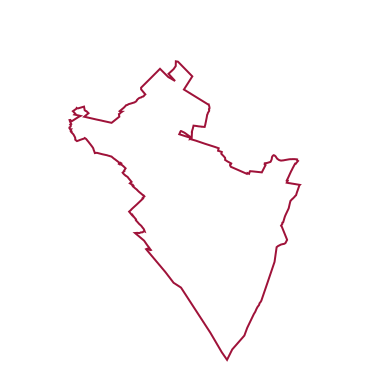 the district of Oaxaca de Juárez, Oaxaca, Mexico, rotated 134°
{"feature_id": "50627088B44043795414637", "entity_name": "Oaxaca de Juárez", "entity_type": "district", "adm_level": 2, "iso_a3": "MEX", "parent_name": "Mexico", "parent_adm1": "Oaxaca", "projection": "natural_earth1", "projection_center": [-96.731, 17.097], "detail": "fine", "context": "isolated", "style": "outline", "palette": "rose", "viewbox_px": 384, "rotation_deg": 134, "n_neighbors": 0, "source": "geoboundaries", "source_scale": "gbopen_adm2", "svg_char_len": 5902}
<svg xmlns="http://www.w3.org/2000/svg" viewBox="0 0 384 384"><g transform="rotate(134 192 192)"><path d="M120.8,159.6L121.7,158.9L121.5,158.1L121.5,157.8L122.2,157.6L128.1,155.8L129.4,155.4L130.0,156.2L135.2,162.9L136.3,164.2L136.6,164.7L137.0,164.7L139.3,163.6L139.9,165.4L140.8,165.1L146.9,181.6L146.4,183.1L146.0,183.5L145.8,183.6L145.5,183.5L145.2,183.3L144.2,183.6L145.2,187.1L145.3,187.3L145.9,190.5L145.5,190.7L144.4,192.0L144.4,192.3L144.2,194.5L144.2,196.9L144.1,197.5L143.7,197.6L142.5,198.4L144.2,201.9L142.9,202.7L142.0,203.2L143.7,206.9L148.3,216.2L152.4,224.9L155.2,230.2L155.4,230.3L154.1,231.0L155.4,233.4L159.3,241.3L157.6,241.9L156.9,242.2L156.0,242.4L155.7,242.1L155.5,241.6L155.3,240.8L155.0,239.9L154.8,239.4L154.6,238.6L154.5,238.2L153.7,232.7L153.5,231.7L153.5,231.3L153.4,230.4L153.3,229.8L150.0,232.7L149.0,233.5L149.0,233.8L146.8,235.0L146.3,235.2L143.2,237.0L141.6,234.9L140.0,232.6L139.5,232.0L138.4,230.6L138.3,230.3L138.1,230.2L137.8,229.8L136.9,228.7L136.4,228.1L133.7,229.6L133.5,229.8L131.7,230.9L130.8,231.5L128.6,232.9L125.8,234.8L125.4,234.9L124.9,235.0L124.1,235.5L122.2,235.9L121.8,236.0L121.3,236.4L120.8,237.1L120.6,237.4L120.4,237.5L119.9,237.4L119.6,237.6L119.1,238.1L118.8,238.5L118.2,239.4L117.4,240.9L117.8,241.2L123.9,269.0L108.6,272.1L108.0,292.6L109.2,294.4L112.7,291.2L116.4,290.6L123.3,291.0L123.9,281.3L125.8,289.0L125.6,300.6L138.7,300.8L152.3,301.1L153.5,299.9L154.2,293.4L154.3,293.4L154.9,293.4L155.3,293.5L155.6,293.5L156.0,293.4L156.5,293.3L156.9,293.4L157.2,293.4L157.7,293.8L158.4,294.1L159.1,294.3L159.4,294.3L159.6,294.4L159.8,294.6L160.7,295.1L161.2,295.3L161.9,295.4L163.0,295.5L164.1,295.5L164.4,295.3L165.1,295.2L165.7,295.2L166.1,295.2L166.5,295.4L167.2,295.5L167.5,295.6L168.0,295.9L171.1,297.6L172.6,298.5L173.1,298.7L173.4,298.8L174.1,298.9L175.1,299.5L175.5,299.7L175.9,299.6L176.8,299.6L177.9,299.6L178.7,299.6L180.5,299.8L181.5,299.9L182.4,300.0L183.3,300.1L184.1,300.2L184.0,299.7L183.8,299.2L183.5,298.8L182.9,298.1L184.3,298.4L185.4,298.4L186.0,298.4L186.7,298.7L187.5,297.7L188.3,296.6L189.8,296.8L196.7,297.7L198.1,297.9L203.2,306.2L203.4,306.6L204.1,307.7L206.3,311.2L212.7,321.8L207.2,321.2L207.2,324.1L207.4,324.5L207.6,324.9L207.7,326.0L205.6,329.0L210.9,332.0L211.6,332.8L211.7,333.3L211.9,333.2L212.0,333.1L212.3,333.0L216.6,333.8L216.6,333.2L216.7,331.7L216.8,330.2L217.9,330.3L214.7,325.0L215.1,325.1L215.3,325.3L216.0,325.5L219.4,326.4L223.6,327.4L225.0,327.8L224.9,328.1L224.7,328.8L224.7,329.6L225.2,329.9L225.3,330.0L225.7,329.4L226.8,326.9L227.0,326.1L228.1,326.3L228.1,325.9L228.3,325.5L228.6,325.1L229.2,324.8L229.7,324.8L230.2,324.9L230.7,325.0L231.2,324.6L231.3,324.1L231.4,323.4L231.2,323.0L230.9,322.6L231.7,322.6L232.0,321.0L232.6,321.2L232.8,320.5L232.9,317.7L233.1,316.6L233.3,316.2L233.7,314.8L234.2,313.6L235.0,312.8L235.1,312.6L235.4,312.4L235.5,312.2L235.4,311.4L235.4,310.6L235.3,310.1L233.0,309.0L232.3,308.7L230.5,307.8L228.4,306.7L227.7,306.7L227.6,306.2L227.4,304.9L227.7,302.7L227.8,301.5L228.0,300.3L228.2,298.9L228.3,298.1L228.7,295.5L228.9,294.5L229.1,293.6L229.5,292.8L230.0,292.0L230.8,290.2L231.5,288.9L230.4,288.1L229.8,287.5L227.1,282.7L224.5,278.5L224.0,277.4L223.5,276.6L223.1,275.7L222.8,275.2L222.7,275.0L222.4,274.5L222.4,274.2L222.4,273.8L222.2,271.2L222.0,270.1L221.4,264.6L222.6,264.2L222.3,263.1L220.7,263.6L220.5,262.7L221.4,262.4L221.2,261.5L221.3,261.3L221.1,259.3L221.1,258.8L221.1,256.2L224.1,255.6L224.1,255.2L226.3,255.3L226.4,254.4L226.4,254.2L226.5,253.3L226.4,252.2L226.4,250.9L226.3,250.7L226.2,250.6L226.1,249.8L225.9,248.6L226.0,248.4L226.3,246.1L226.7,242.5L228.9,242.7L228.8,242.3L228.5,241.0L228.6,240.5L228.6,239.8L228.0,239.7L228.1,238.9L228.4,239.0L228.5,238.2L229.0,238.2L228.9,237.0L228.8,235.1L228.6,233.5L228.6,232.8L228.7,232.7L228.7,230.3L228.5,227.8L228.3,224.2L228.1,224.2L228.2,223.2L230.7,223.3L230.7,222.7L239.8,223.1L244.5,223.4L246.9,223.5L247.2,223.4L249.8,223.6L250.3,219.3L250.1,219.3L249.8,219.2L250.1,218.7L250.3,217.6L250.1,217.6L250.4,215.3L250.6,213.2L251.2,213.0L251.4,212.1L251.4,211.3L251.5,210.0L251.6,208.9L251.7,207.6L251.6,206.1L251.6,204.8L252.0,202.5L252.0,201.8L252.2,200.9L252.4,200.3L252.5,200.1L253.2,198.7L253.3,199.0L254.0,199.5L255.0,199.5L255.5,199.7L256.7,200.8L258.1,201.3L259.4,203.0L261.1,204.5L260.3,193.0L260.3,192.8L260.3,192.5L260.9,189.5L261.1,188.6L261.4,186.9L261.7,185.1L261.7,184.8L261.8,183.9L262.1,183.5L262.1,182.9L262.2,182.3L262.3,181.3L262.5,181.4L262.8,181.7L263.0,182.2L263.1,182.9L263.7,184.7L265.0,185.3L268.1,155.4L270.1,142.2L268.4,133.5L280.5,81.0L286.6,59.2L288.4,50.2L277.3,53.7L258.9,54.6L251.4,57.9L236.9,62.7L234.2,63.3L231.6,64.3L229.2,65.0L226.6,65.3L225.2,66.1L223.3,66.3L222.1,66.6L221.0,67.1L205.0,74.6L184.9,84.1L172.9,92.8L170.8,92.5L169.6,92.0L168.2,91.6L166.7,90.7L165.3,89.7L163.9,89.3L162.5,89.7L160.9,90.2L160.4,90.3L159.9,91.3L154.3,103.9L154.4,104.0L154.4,104.5L152.1,104.9L152.0,105.1L151.9,105.3L151.7,105.5L151.1,105.7L150.8,105.6L150.6,105.5L150.4,105.4L146.0,107.7L144.7,108.3L144.2,108.5L142.8,109.0L136.9,111.0L136.6,111.1L135.1,112.0L134.1,112.6L133.8,112.8L130.9,114.5L130.5,114.7L130.4,114.7L130.3,114.8L130.0,115.0L129.6,115.0L127.1,115.0L126.9,114.9L124.6,114.9L123.8,114.9L123.4,115.0L122.0,114.9L121.1,115.4L118.9,116.5L118.0,116.9L117.9,116.9L117.1,117.3L113.0,119.2L112.7,119.6L112.4,119.4L112.0,119.4L114.8,123.5L116.9,126.5L117.4,127.3L118.4,128.6L119.5,130.3L117.4,131.0L117.9,131.8L114.8,132.8L112.5,133.6L112.3,133.7L108.0,135.2L106.8,135.5L104.7,136.2L102.9,136.7L102.2,136.9L100.6,137.4L99.9,137.5L99.7,137.0L97.9,137.2L96.0,137.3L96.1,138.8L95.6,139.1L96.0,139.7L97.5,141.5L100.7,144.6L104.4,147.3L105.7,148.2L107.0,149.3L107.6,149.8L108.5,151.5L108.9,153.8L108.3,156.7L108.4,158.1L108.9,158.9L110.0,159.0L111.3,158.7L113.1,157.4L115.2,156.6L115.9,156.5L118.1,157.7L119.0,158.2L120.8,159.6Z" fill="none" stroke="#9f1239" stroke-width="2"/></g></svg>